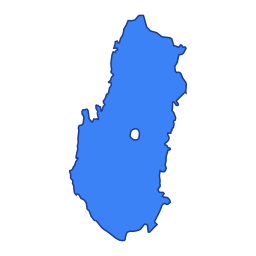 Tshilenge, Kasaï-Oriental, Democratic Republic of the Congo
{"feature_id": "63176286B2433914913285", "entity_name": "Tshilenge", "entity_type": "district", "adm_level": 2, "iso_a3": "COD", "parent_name": "Democratic Republic of the Congo", "parent_adm1": "Kasaï-Oriental", "projection": "equal_earth", "projection_center": [23.644, -6.465], "detail": "fine", "context": "isolated", "style": "filled", "palette": "blue", "viewbox_px": 256, "rotation_deg": 0, "n_neighbors": 0, "source": "geoboundaries", "source_scale": "gbopen_adm2", "svg_char_len": 4603}
<svg xmlns="http://www.w3.org/2000/svg" viewBox="0 0 256 256"><path d="M76.3,195.0L76.6,194.3L77.8,194.1L78.9,194.7L81.0,198.4L83.8,199.7L85.6,201.8L86.4,203.5L87.1,208.9L89.2,211.0L91.3,216.6L94.4,220.4L96.4,220.9L101.8,227.6L103.9,229.4L104.3,229.7L106.1,230.7L109.0,232.8L112.0,235.1L114.3,237.0L116.1,238.3L119.4,240.1L122.3,240.6L124.2,240.5L125.0,239.7L125.4,237.3L126.3,233.9L127.3,232.2L130.1,231.2L132.9,231.3L135.9,230.9L138.5,230.2L140.2,229.4L142.2,227.2L143.4,225.5L144.5,224.3L145.7,224.1L147.5,225.3L148.2,232.0L149.4,232.2L151.3,230.4L152.6,229.0L153.7,227.8L157.1,224.5L155.5,222.9L154.8,222.2L154.6,221.4L159.7,211.3L160.0,210.5L160.5,209.3L162.0,205.3L163.2,204.0L164.3,203.6L164.7,203.4L166.5,204.4L166.9,204.4L168.1,204.1L169.8,202.7L170.3,202.3L170.2,201.7L170.1,201.3L169.8,200.2L168.4,198.3L166.9,197.4L164.6,197.2L164.4,197.1L163.5,197.0L162.4,196.3L163.9,193.8L164.1,193.4L163.9,193.2L162.7,192.3L159.7,192.4L158.8,191.6L158.2,189.9L158.1,189.7L157.9,189.2L159.9,186.8L160.1,185.8L160.2,185.4L159.8,183.3L160.1,180.7L159.6,177.5L159.4,175.7L160.1,170.7L162.1,171.7L163.9,171.8L164.9,171.0L165.3,170.6L166.3,168.3L165.1,164.9L166.1,160.3L166.0,158.0L166.5,155.2L168.1,150.1L168.8,150.1L169.5,150.0L169.9,149.6L170.0,149.6L170.4,149.1L170.1,148.3L167.5,147.2L166.9,145.5L166.2,145.2L165.1,144.9L165.1,144.7L164.8,143.8L165.6,142.9L166.0,142.3L166.5,142.4L167.0,141.8L167.2,141.6L168.5,140.1L168.7,139.2L168.8,139.1L169.0,138.3L168.9,137.1L168.9,136.9L168.7,136.5L168.6,136.4L167.7,134.6L167.7,134.1L167.8,133.1L170.7,133.2L171.1,131.1L171.3,131.0L171.3,130.9L171.8,130.6L172.2,128.8L172.2,128.6L172.2,128.4L173.3,127.7L173.4,127.2L174.1,124.0L173.9,123.2L173.7,122.7L173.4,121.9L173.5,121.7L173.6,121.3L173.8,120.8L174.6,120.5L175.1,120.3L175.6,118.7L175.6,118.0L175.6,117.9L175.6,117.5L173.8,112.8L171.9,110.4L172.4,108.8L172.6,103.0L172.9,102.5L172.9,102.4L173.1,101.9L173.3,101.9L174.0,102.0L176.3,105.4L176.8,105.4L177.8,105.5L177.9,105.3L178.0,105.2L178.3,104.6L178.0,103.4L176.6,101.9L176.5,100.9L176.5,100.7L184.9,92.3L186.0,93.0L185.9,92.4L185.8,90.7L186.3,84.7L186.2,84.0L186.1,83.8L185.9,82.6L182.8,78.2L181.2,74.4L181.2,74.2L181.0,73.8L179.8,72.6L179.3,72.4L178.5,72.2L176.5,72.5L176.2,72.1L175.4,71.3L174.7,66.7L177.2,62.5L178.8,54.9L180.3,54.6L182.1,54.2L183.8,52.7L183.9,52.4L184.7,50.9L186.0,48.3L185.2,47.0L182.9,47.1L182.0,45.7L181.4,45.1L180.6,44.9L178.7,47.2L174.4,45.7L173.7,45.5L171.8,38.9L171.4,38.7L169.7,37.7L162.0,36.8L156.7,32.7L150.4,30.9L146.6,26.9L144.3,18.3L143.4,15.4L139.5,15.4L138.3,16.0L136.5,18.2L135.0,19.9L132.4,20.6L132.2,20.7L128.1,20.6L126.7,24.1L126.3,25.0L126.2,25.2L125.6,26.2L124.7,27.8L123.8,29.2L123.4,32.7L122.8,34.5L122.5,35.4L122.0,36.2L120.5,38.6L119.5,42.5L119.3,42.7L118.9,43.0L118.2,42.8L117.3,41.3L117.1,41.0L115.3,41.7L115.1,43.9L113.8,48.3L116.8,48.0L117.5,49.9L116.0,50.6L115.0,52.4L113.9,52.1L113.2,51.8L113.0,52.5L112.7,53.2L112.0,54.9L111.4,59.8L110.9,63.4L111.6,69.8L111.3,70.7L111.0,71.5L111.2,72.7L112.2,73.5L113.3,74.4L113.5,75.1L111.5,77.2L110.8,79.5L110.4,80.6L108.6,81.9L108.7,82.5L110.9,82.7L111.0,83.1L111.4,84.2L111.0,85.7L110.9,86.0L109.5,87.8L109.3,89.0L109.2,89.5L108.2,93.6L106.6,94.2L105.0,99.0L103.3,101.1L103.4,101.7L103.5,102.6L104.8,104.5L103.2,106.6L102.1,110.3L101.3,111.2L101.0,111.1L100.9,111.0L100.7,109.0L100.4,106.9L99.8,106.8L99.1,106.7L98.7,106.2L98.0,105.4L97.4,105.6L96.6,105.7L96.4,105.2L96.0,105.4L96.0,107.2L96.1,108.6L97.1,110.2L97.9,111.4L97.4,112.7L97.5,114.3L97.6,115.1L97.9,116.4L98.5,118.3L98.5,118.7L98.4,119.4L97.9,119.6L97.5,119.3L96.8,118.8L95.4,119.3L94.4,119.1L93.7,119.0L92.6,121.8L91.9,122.0L89.5,119.3L89.0,118.1L88.5,113.8L88.4,113.7L88.0,110.4L86.8,109.1L86.2,109.3L85.7,109.4L84.8,109.9L83.4,109.8L83.0,109.8L82.6,110.4L81.9,111.5L82.0,112.4L82.1,113.2L82.2,114.3L83.2,115.4L83.9,117.4L83.6,119.9L83.2,123.4L82.6,124.2L82.0,124.9L80.3,125.2L79.9,125.3L79.5,125.6L78.8,126.1L78.5,127.3L78.3,128.0L78.8,130.1L78.9,130.5L78.0,138.0L78.0,139.6L78.2,143.0L77.4,145.6L77.4,146.1L77.8,149.0L76.8,152.9L76.5,154.6L76.0,157.3L76.3,158.3L77.8,157.9L77.9,158.9L77.8,159.1L75.9,161.5L74.5,165.8L74.1,166.2L73.5,166.7L73.2,167.5L72.7,168.9L71.4,170.1L70.9,170.5L69.8,170.6L69.7,171.5L69.7,171.9L70.6,174.1L70.6,176.0L70.6,178.0L72.9,181.0L72.8,181.3L72.5,183.3L73.8,186.0L73.9,189.2L74.1,190.5L74.5,192.9L76.3,195.0ZM133.1,129.4L134.7,128.8L136.9,129.0L138.2,129.9L138.8,130.8L139.3,132.3L139.4,134.3L139.2,135.8L138.9,138.0L137.5,139.7L134.9,140.0L133.1,139.4L131.0,137.8L130.0,136.0L130.6,132.4L131.4,130.5L133.1,129.4Z" fill="#3b82f6" stroke="#1e3a8a" stroke-width="1.5"/></svg>